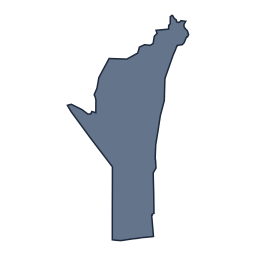 the district of Murgap, Mary, Turkmenistan
{"feature_id": "10190150B75003432350729", "entity_name": "Murgap", "entity_type": "district", "adm_level": 2, "iso_a3": "TKM", "parent_name": "Turkmenistan", "parent_adm1": "Mary", "projection": "equal_earth", "projection_center": [61.783, 36.895], "detail": "fine", "context": "isolated", "style": "filled", "palette": "slate", "viewbox_px": 256, "rotation_deg": 0, "n_neighbors": 0, "source": "geoboundaries", "source_scale": "gbopen_adm2", "svg_char_len": 1392}
<svg xmlns="http://www.w3.org/2000/svg" viewBox="0 0 256 256"><path d="M71.0,111.5L90.6,138.2L112.4,166.8L112.4,179.6L112.3,213.2L112.3,226.7L112.3,239.8L117.3,240.4L121.1,240.6L132.2,238.9L137.9,238.3L141.1,237.7L149.9,236.9L153.5,236.5L151.7,215.6L152.2,215.3L152.0,214.4L154.0,213.3L153.7,192.7L153.2,172.9L156.0,168.0L155.6,160.7L155.2,158.2L155.7,144.9L158.0,130.9L160.3,115.8L164.1,101.3L164.3,100.6L164.9,78.9L165.2,78.2L165.2,77.7L173.2,54.9L175.0,50.9L176.9,45.9L177.4,45.9L177.7,45.3L182.3,44.7L184.1,42.7L186.6,36.9L187.4,36.9L187.5,36.9L188.6,34.5L188.5,34.4L187.9,32.4L187.4,30.9L187.1,30.5L185.1,28.5L185.1,28.4L184.7,27.8L184.0,26.7L184.0,24.3L185.7,21.3L185.4,21.3L181.1,20.7L181.1,20.8L178.9,22.5L176.6,21.9L176.5,21.5L176.4,20.0L174.3,18.4L174.1,18.1L172.5,15.4L172.4,15.4L171.8,15.5L170.3,16.6L170.2,22.4L170.3,23.7L168.9,25.2L168.7,25.4L168.6,28.9L168.6,29.1L158.2,30.1L156.9,30.2L156.0,30.3L156.8,32.5L157.1,33.3L154.3,36.3L153.1,43.5L150.3,45.3L144.6,44.7L139.4,47.1L138.3,51.1L137.8,52.7L137.7,53.1L126.8,59.1L112.0,58.6L109.1,58.5L100.6,74.3L98.8,77.7L98.2,81.4L97.0,88.0L96.9,88.4L94.2,94.6L94.2,94.8L95.3,97.0L95.5,98.3L95.7,99.2L95.9,100.1L95.8,112.4L95.8,112.7L94.2,112.2L91.8,111.5L91.2,112.9L90.7,114.0L90.4,114.0L87.8,114.0L82.1,109.7L73.7,105.5L72.3,104.8L71.2,104.3L67.4,105.3L67.5,105.5L71.0,111.5Z" fill="#64748b" stroke="#1e293b" stroke-width="1.5"/></svg>